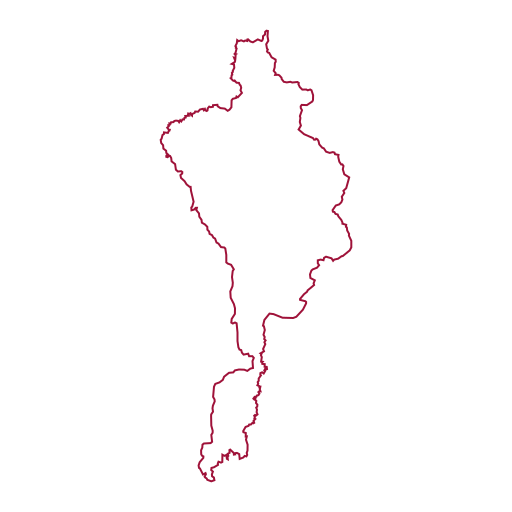 Montecristo, Bolívar, Colombia
{"feature_id": "7082276B84262983016086", "entity_name": "Montecristo", "entity_type": "district", "adm_level": 2, "iso_a3": "COL", "parent_name": "Colombia", "parent_adm1": "Bolívar", "projection": "albers", "projection_center": [-74.489, 7.93], "detail": "fine", "context": "isolated", "style": "outline", "palette": "rose", "viewbox_px": 512, "rotation_deg": 0, "n_neighbors": 0, "source": "geoboundaries", "source_scale": "gbopen_adm2", "svg_char_len": 6035}
<svg xmlns="http://www.w3.org/2000/svg" viewBox="0 0 512 512"><path d="M234.1,57.8L235.2,60.7L234.8,62.0L231.8,63.9L234.0,64.5L234.3,67.8L232.7,71.0L232.9,71.8L231.9,72.9L232.3,74.7L231.6,75.3L231.4,77.8L230.7,78.2L232.9,80.5L234.7,81.2L234.9,80.8L236.5,82.7L239.0,82.9L239.7,84.7L240.6,85.5L241.2,87.8L240.5,90.3L241.9,92.9L237.8,97.3L236.5,96.5L236.0,98.0L232.8,98.8L231.6,100.3L231.4,107.3L229.5,109.7L227.7,110.8L224.8,108.6L220.4,108.1L217.7,106.3L217.4,104.8L213.0,105.2L212.9,106.8L210.7,107.2L209.2,106.6L207.7,108.4L207.5,110.4L206.7,111.0L205.6,110.5L204.9,108.9L203.8,110.2L203.0,108.8L200.0,109.5L198.1,111.7L195.2,111.5L194.6,112.9L192.0,114.1L192.0,115.6L190.9,114.7L190.5,113.2L189.3,113.9L188.2,113.5L188.0,114.6L188.8,115.7L185.3,116.0L185.7,117.5L184.4,117.9L184.0,119.5L182.5,119.4L181.3,121.4L180.2,120.2L179.1,122.2L178.2,120.9L176.0,120.6L174.3,121.0L173.5,122.1L171.0,122.3L170.5,123.7L169.4,123.4L169.5,124.9L168.3,125.2L168.7,126.3L167.2,127.7L169.0,129.9L169.7,129.9L169.5,130.6L168.7,131.0L167.9,132.9L164.0,132.4L163.9,134.1L162.5,135.0L161.6,138.7L160.7,139.8L161.2,143.0L163.1,145.2L163.4,148.6L166.1,150.7L166.3,152.9L168.0,154.5L166.4,155.5L166.3,156.8L167.6,157.2L169.1,155.8L170.1,156.0L171.2,158.0L171.6,161.4L175.1,164.1L175.9,169.7L177.9,171.5L181.2,171.2L182.3,172.0L182.2,173.5L180.4,175.1L181.0,177.9L184.6,181.2L186.6,184.4L189.7,186.9L190.6,186.9L191.0,190.8L193.6,201.7L192.2,206.6L191.3,207.5L191.5,210.3L194.0,209.6L195.7,207.8L196.9,207.8L196.3,210.1L199.0,213.4L199.3,216.7L201.5,219.8L201.9,222.7L204.9,224.4L207.3,226.8L207.4,229.7L209.1,231.5L209.6,233.9L212.0,235.1L213.4,237.6L215.1,238.6L216.5,242.5L218.5,243.6L221.0,247.1L224.3,247.5L225.3,248.5L226.3,254.9L226.3,262.4L227.8,263.6L231.1,264.8L233.8,269.3L232.7,271.0L232.0,277.1L232.8,282.7L232.5,286.2L230.3,291.4L230.7,297.8L233.9,304.1L235.0,308.3L234.9,313.9L231.7,318.9L231.3,322.6L232.8,323.5L235.0,322.5L236.6,323.3L237.5,332.5L237.5,341.1L238.4,347.3L239.5,349.6L241.2,350.1L241.9,352.6L243.6,354.6L248.2,353.7L249.1,356.2L252.4,356.2L253.8,357.9L252.5,361.1L253.0,368.0L250.4,368.6L247.3,370.9L244.3,369.7L239.0,369.5L234.9,370.4L233.3,372.4L229.0,372.8L224.1,376.7L222.8,379.9L219.5,382.4L215.3,383.9L214.0,386.7L213.1,396.9L214.5,399.4L214.7,401.4L212.9,405.7L212.5,408.3L213.0,411.7L211.2,414.4L211.1,415.9L211.3,425.6L212.7,430.8L212.6,432.8L211.3,434.9L212.1,441.8L210.6,443.1L203.9,443.5L202.5,444.6L202.3,447.6L201.1,450.3L201.2,454.2L202.0,455.7L203.4,456.4L203.3,457.9L199.7,462.2L198.6,465.4L199.0,467.9L199.9,468.4L203.0,474.5L205.5,473.1L205.9,474.2L204.6,476.7L205.1,477.4L206.7,478.5L207.3,479.8L211.3,481.3L214.4,480.2L213.9,477.5L212.1,476.3L211.9,474.3L212.9,471.6L211.2,470.0L211.5,467.9L213.9,467.3L218.0,464.9L217.8,463.4L218.5,461.7L221.0,462.6L222.3,462.0L222.4,454.7L224.4,455.8L226.3,455.0L226.9,458.8L227.8,459.3L227.5,456.9L228.3,455.9L227.7,453.8L229.6,452.8L229.4,450.1L230.2,449.6L233.8,453.0L233.9,454.6L235.1,454.4L234.8,453.4L235.4,453.1L236.9,452.9L239.2,454.1L239.7,458.9L243.3,457.5L244.7,455.9L246.4,456.4L247.2,454.9L246.7,452.9L247.5,450.6L247.6,444.7L246.0,439.7L246.8,436.4L245.7,436.5L245.8,433.0L243.4,432.2L243.2,431.1L245.6,426.9L248.5,425.9L249.2,424.5L250.9,424.5L252.5,422.8L253.3,423.3L254.2,422.8L253.6,420.7L255.3,419.0L254.4,418.4L254.9,417.0L254.2,415.7L255.1,414.9L256.1,415.5L257.5,414.4L256.6,412.1L257.0,409.7L256.2,407.6L257.2,406.6L257.4,404.7L256.0,403.0L256.3,400.9L255.2,400.0L255.4,398.7L254.1,399.3L253.4,398.6L254.7,396.8L256.4,396.7L256.9,395.5L258.4,395.2L259.4,393.6L258.4,392.1L259.2,391.3L260.5,391.4L259.8,389.4L260.3,386.9L259.4,387.1L259.5,386.2L257.4,385.3L258.2,383.6L257.7,382.1L258.7,380.8L258.7,378.5L260.9,375.4L260.3,374.8L260.4,373.1L262.1,372.3L263.7,373.5L265.1,371.1L264.3,370.4L265.4,368.4L266.5,368.5L266.2,369.4L267.0,369.1L266.7,366.9L264.6,366.7L264.7,364.1L262.3,363.9L262.1,362.4L262.6,361.8L261.1,361.6L261.8,357.1L260.9,355.1L261.5,353.8L260.6,353.3L264.0,351.3L263.1,349.0L265.3,344.1L264.4,342.2L265.6,340.4L264.2,339.0L264.7,337.0L263.5,334.8L264.8,330.0L263.9,326.2L263.0,325.7L264.4,319.9L269.5,313.6L273.5,314.1L282.5,317.7L293.1,318.0L296.3,316.8L302.9,309.7L306.1,303.4L306.1,301.9L305.3,301.2L300.1,299.9L300.0,299.0L304.0,294.2L307.1,291.7L307.6,290.4L314.1,285.0L313.6,283.3L314.8,280.3L310.4,278.0L310.0,274.4L311.4,270.6L312.7,269.4L317.0,267.7L319.1,265.2L317.8,263.3L317.8,260.3L320.6,259.6L323.5,260.2L324.1,257.8L326.0,256.7L331.5,258.3L333.1,260.8L334.2,259.6L338.1,258.7L341.6,256.2L342.7,256.1L349.7,250.4L351.3,247.4L351.3,240.8L348.9,235.6L349.1,233.9L347.2,230.5L346.8,227.4L345.9,226.8L346.2,224.8L342.4,223.7L342.5,222.6L341.3,219.9L338.4,216.4L337.7,214.5L335.5,213.9L334.4,212.0L332.9,211.7L332.6,210.1L335.8,205.5L339.2,204.4L341.3,202.3L342.4,199.6L341.8,196.7L344.3,193.0L343.4,190.8L346.2,188.2L349.2,177.4L344.3,174.3L342.8,169.3L343.5,166.0L342.4,164.4L341.2,164.5L339.3,161.7L338.2,156.8L338.5,154.9L335.0,154.2L334.5,152.6L332.8,152.1L329.7,152.9L326.1,151.7L323.8,148.3L322.2,147.7L319.3,144.4L318.5,141.0L317.4,139.3L316.1,138.7L315.5,139.6L314.1,139.7L313.0,138.1L304.1,134.2L298.6,129.5L300.9,125.6L299.8,122.0L300.4,117.9L299.9,116.1L302.0,110.2L300.8,108.1L300.7,106.3L301.7,104.9L306.9,105.1L312.3,101.5L313.0,100.0L313.1,95.2L311.5,90.3L310.2,89.5L307.8,90.3L306.2,89.5L302.3,89.6L299.8,87.1L298.4,84.1L298.8,83.0L297.5,82.0L292.2,82.5L290.4,81.8L286.8,82.4L283.8,81.8L281.7,79.1L281.5,77.7L279.3,75.3L278.0,74.8L275.1,74.9L275.7,73.2L273.7,70.8L274.7,67.4L274.9,63.0L275.7,61.8L275.6,59.6L271.6,57.3L269.2,52.9L267.7,52.4L267.0,51.3L267.8,49.5L267.0,48.7L266.2,44.2L268.3,40.8L267.5,36.2L267.9,31.0L266.5,30.7L265.2,31.8L265.0,34.5L263.0,36.2L263.0,38.6L262.2,40.6L261.4,41.0L257.8,39.4L252.9,42.3L250.4,41.5L248.0,39.3L247.3,39.5L247.2,41.0L245.2,40.5L243.9,41.4L241.1,40.3L238.6,41.2L237.2,40.1L236.8,43.3L235.4,46.1L236.1,47.0L235.8,47.9L236.6,48.5L235.5,52.9L234.8,53.7L235.6,54.0L234.9,54.3L235.6,55.1L235.4,58.4L234.1,57.8Z" fill="none" stroke="#9f1239" stroke-width="2"/></svg>